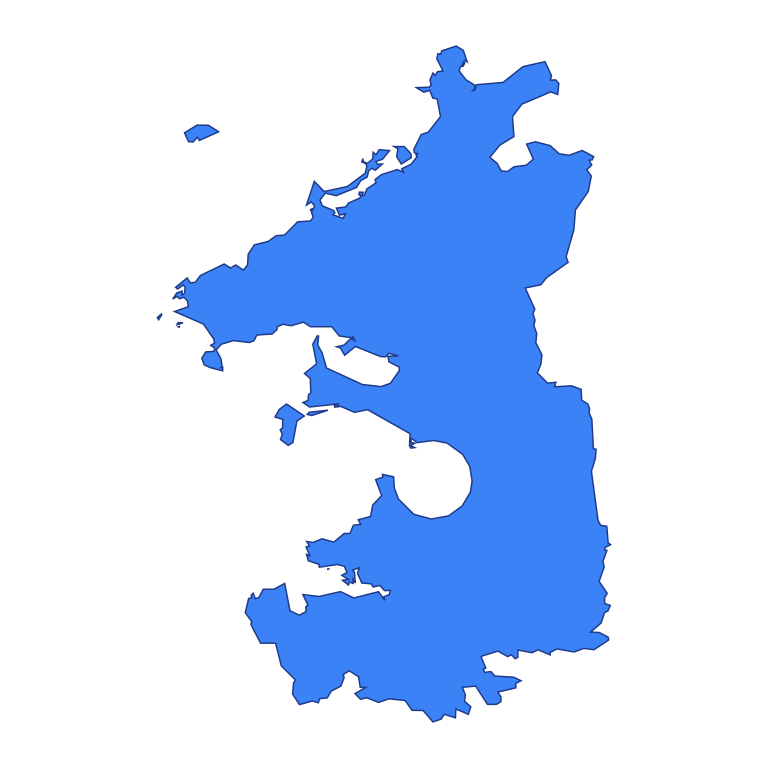 Sligo-Drumcliff Lea-5, Sligo, Ireland
{"feature_id": "5873133B89616968350212", "entity_name": "Sligo-Drumcliff Lea-5", "entity_type": "district", "adm_level": 2, "iso_a3": "IRL", "parent_name": "Ireland", "parent_adm1": "Sligo", "projection": "orthographic", "projection_center": [-8.517, 54.315], "detail": "fine", "context": "isolated", "style": "filled", "palette": "blue", "viewbox_px": 768, "rotation_deg": 0, "n_neighbors": 0, "source": "geoboundaries", "source_scale": "gbopen_adm2", "svg_char_len": 6098}
<svg xmlns="http://www.w3.org/2000/svg" viewBox="0 0 768 768"><path d="M551.5,75.6L545.0,61.7L523.0,66.6L503.1,82.4L476.0,84.8L475.5,88.8L474.3,90.3L472.7,90.5L475.1,88.3L474.0,84.7L465.8,79.6L459.0,70.7L460.7,66.5L463.2,66.2L465.1,62.1L461.9,65.4L464.6,60.2L467.2,61.8L463.3,50.4L456.2,46.1L441.7,50.8L440.8,54.1L438.0,53.6L436.8,58.6L443.0,71.0L437.4,71.7L435.3,75.4L433.0,73.0L430.1,79.7L431.0,85.2L429.2,87.2L416.4,87.6L423.8,92.2L429.7,90.4L432.8,98.0L437.2,99.0L440.5,116.6L428.2,132.2L421.2,134.6L413.8,149.5L414.3,152.7L417.7,153.9L416.0,154.9L417.2,156.5L411.2,164.2L401.7,168.8L403.6,172.3L397.2,169.6L381.3,174.7L375.1,179.5L376.0,182.8L366.8,189.0L364.4,195.4L362.0,195.5L363.3,192.3L359.4,192.1L358.9,194.7L361.6,195.6L359.2,198.4L348.7,202.9L345.6,207.0L336.4,208.1L339.4,215.1L345.2,213.9L343.2,218.3L332.9,214.8L334.9,212.7L333.6,210.5L322.3,205.8L320.0,200.0L325.3,193.1L336.2,195.7L356.6,187.4L360.7,180.6L367.1,177.1L368.7,170.7L371.7,168.4L375.4,170.2L382.3,164.0L377.4,164.3L376.0,161.4L382.5,159.3L389.5,150.6L379.3,149.7L376.1,154.7L373.1,152.3L372.8,159.0L367.2,163.3L363.4,161.7L362.8,158.7L361.8,161.9L366.0,163.6L366.8,166.9L365.2,173.2L347.4,186.5L324.2,191.5L314.3,181.4L306.5,205.1L311.3,202.0L314.2,205.2L314.2,207.9L310.9,209.4L313.4,210.9L310.9,210.4L313.2,217.2L310.5,221.0L297.7,221.8L284.5,235.1L276.2,235.7L268.1,241.5L254.4,244.8L248.2,254.2L247.6,265.0L243.3,270.1L235.8,265.0L230.5,268.0L224.2,264.0L200.4,275.5L195.4,282.3L190.3,282.9L187.1,278.0L175.6,287.3L177.7,289.0L183.3,284.9L185.1,287.2L184.6,293.3L182.1,295.0L182.1,291.1L176.8,292.9L172.7,299.1L176.8,296.4L179.5,298.7L184.2,297.3L187.5,301.2L188.3,306.7L174.5,311.5L203.5,324.1L213.9,339.2L214.5,343.3L210.7,345.3L214.6,347.9L214.1,351.4L205.8,351.9L201.8,358.3L204.2,364.8L210.2,367.6L222.6,370.8L222.8,367.4L219.9,367.7L222.2,367.1L221.0,358.8L216.1,349.9L221.4,344.2L233.4,340.6L249.4,342.5L254.0,340.6L256.9,335.0L272.1,334.0L277.1,329.4L276.9,326.9L283.0,324.3L291.3,325.7L303.3,322.1L310.5,326.7L331.8,326.7L339.4,336.0L353.3,337.9L352.6,336.1L354.9,340.7L350.9,338.4L344.0,345.1L336.7,346.8L340.5,348.0L344.6,355.2L355.4,346.5L380.7,356.6L385.9,356.8L388.6,353.3L398.5,356.0L388.0,356.3L388.9,361.8L399.2,367.1L399.3,370.7L390.3,383.4L380.8,386.6L362.3,384.5L326.5,368.0L322.1,352.8L317.7,345.0L318.6,336.1L317.2,335.9L312.8,344.2L316.6,363.8L304.5,373.5L310.3,378.5L310.8,392.9L308.6,394.5L308.0,400.4L303.0,402.5L309.5,407.0L338.4,403.9L337.2,406.5L334.5,404.3L334.6,407.1L340.8,406.4L354.5,412.3L367.6,409.7L410.1,433.7L409.5,445.8L410.9,448.1L414.6,447.6L410.3,445.7L414.7,443.3L411.1,442.4L411.0,438.0L417.1,442.6L433.8,440.5L447.2,443.1L462.7,454.4L469.7,466.3L472.1,481.0L470.3,492.4L462.2,505.9L448.5,515.9L431.2,519.0L413.8,514.3L398.5,499.1L394.4,488.4L393.6,476.8L382.4,474.4L382.9,477.2L375.6,479.6L381.7,495.5L372.7,505.1L370.6,516.4L358.2,519.8L360.7,524.2L353.4,525.3L349.9,533.5L344.2,533.5L333.8,542.1L322.0,538.8L313.0,542.5L306.7,541.5L309.6,546.0L306.1,546.9L309.8,555.8L306.5,554.4L308.3,560.7L318.8,564.3L319.3,567.2L337.4,564.5L344.2,566.2L347.1,572.5L341.8,575.3L348.3,579.4L342.5,580.3L348.4,585.0L349.2,582.1L353.1,583.4L353.0,579.3L355.3,583.0L354.4,572.1L352.6,570.1L359.4,567.8L357.5,573.1L361.8,583.0L371.0,583.8L373.2,587.0L379.8,585.4L384.4,590.6L390.4,590.4L389.3,594.6L383.8,596.8L384.8,600.3L378.5,591.7L353.9,598.0L340.5,591.6L319.0,596.5L302.9,594.6L308.1,605.4L305.8,606.6L306.0,611.6L299.3,615.2L290.0,610.7L284.7,583.4L274.1,589.2L263.3,589.2L259.1,597.2L255.4,598.8L253.2,593.3L251.2,595.1L251.6,597.8L248.6,598.6L245.3,612.7L251.9,621.8L250.9,623.9L252.8,628.3L260.6,643.1L275.6,643.2L281.3,665.8L295.5,680.0L293.6,682.8L292.6,694.0L299.5,704.6L312.2,701.0L318.5,702.7L319.5,698.7L327.3,697.9L331.2,691.1L340.9,686.1L344.1,677.6L343.2,674.5L349.3,670.8L358.6,676.8L360.2,687.3L365.7,687.4L355.0,693.6L360.6,699.3L366.6,697.7L378.6,702.4L389.1,698.8L405.1,700.5L412.0,710.3L423.1,710.5L432.9,721.9L441.1,719.2L444.2,714.3L455.4,717.8L455.9,709.0L468.3,714.3L470.8,706.8L464.5,701.2L465.4,695.0L462.4,687.3L475.7,686.1L487.4,704.3L496.3,704.4L500.9,701.7L501.0,697.0L497.8,692.1L515.9,687.8L515.7,683.4L521.0,680.7L513.6,677.2L494.8,676.0L490.9,671.6L484.6,672.4L483.3,669.0L485.8,668.0L481.1,656.8L482.7,655.8L498.0,651.1L507.7,656.6L511.6,654.8L515.1,658.7L517.9,657.3L517.8,650.0L532.0,652.7L538.0,649.8L550.2,654.9L549.9,652.6L556.9,648.9L574.1,652.0L583.8,648.4L594.0,649.7L608.7,640.0L608.2,637.2L599.3,632.5L590.6,632.1L601.1,623.0L604.6,612.5L607.9,611.0L610.3,605.4L604.7,603.5L604.6,597.9L607.2,593.3L599.1,581.4L604.2,567.0L602.9,561.3L606.9,550.4L604.8,549.9L605.0,547.5L610.6,544.6L608.1,542.7L606.8,526.3L600.6,525.3L598.0,520.2L591.4,471.2L595.3,458.8L596.1,449.3L593.4,448.6L591.8,418.9L589.3,413.6L589.5,408.4L587.7,403.9L581.7,400.2L581.1,389.3L571.4,385.8L554.7,386.8L555.8,382.3L547.6,383.1L537.4,373.0L541.0,363.6L541.9,354.7L535.8,342.8L536.7,333.5L533.8,325.4L535.0,320.3L533.0,313.6L534.8,309.2L525.2,288.0L540.8,284.8L546.6,277.6L568.1,262.3L566.1,256.7L573.9,229.6L575.4,210.0L588.2,191.5L591.3,176.1L586.8,169.8L591.7,165.0L589.1,160.2L592.2,159.9L593.6,156.6L582.2,150.5L569.0,155.3L559.2,153.8L550.1,145.6L535.4,141.8L526.6,144.1L533.3,159.1L526.4,165.2L514.0,166.8L507.4,171.6L501.1,170.8L497.2,163.4L489.8,157.3L499.9,145.1L513.9,136.6L512.5,116.6L521.9,104.1L550.7,91.9L557.7,94.5L558.8,83.5L555.7,79.9L550.4,80.1L551.5,75.6ZM280.5,439.6L288.3,445.4L292.9,442.5L296.9,421.0L304.3,416.0L286.5,404.0L279.2,409.5L275.0,417.0L282.7,419.4L282.6,427.9L280.2,429.8L282.3,434.1L280.5,439.6ZM197.1,125.1L184.5,132.8L188.5,141.6L193.0,142.0L197.5,137.2L199.3,140.4L218.6,131.8L208.5,125.3L197.1,125.1ZM404.3,146.6L394.1,146.5L398.0,148.8L396.6,156.5L401.3,164.0L411.4,157.6L410.7,153.5L404.3,146.6ZM328.0,410.2L309.2,412.3L307.2,414.4L311.8,415.5L328.0,410.2ZM158.6,319.7L161.7,314.9L161.3,314.0L157.4,317.5L158.6,319.7ZM183.0,322.8L178.1,322.6L177.0,324.8L183.0,322.8ZM327.5,569.3L329.6,568.7L327.1,569.2L327.5,569.3ZM178.4,326.9L179.2,327.2L180.0,326.2L178.4,326.9Z" fill="#3b82f6" stroke="#1e3a8a" stroke-width="1.5"/></svg>